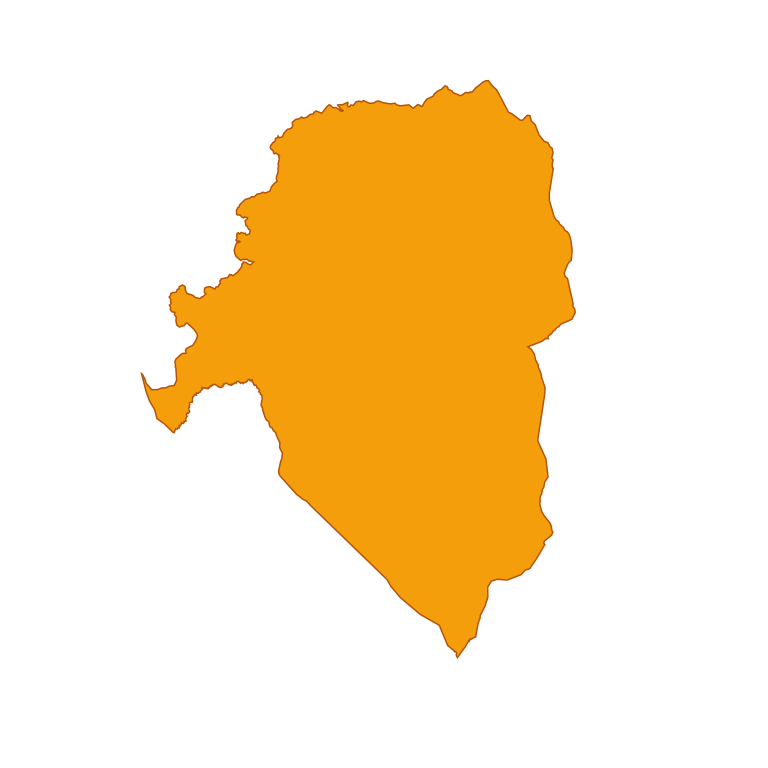 the district of Pru West, Brong Ahafo, Ghana, rotated 163°
{"feature_id": "2480657B32965552352903", "entity_name": "Pru West", "entity_type": "district", "adm_level": 2, "iso_a3": "GHA", "parent_name": "Ghana", "parent_adm1": "Brong Ahafo", "projection": "robinson", "projection_center": [-1.234, 8.037], "detail": "fine", "context": "isolated", "style": "filled", "palette": "amber", "viewbox_px": 768, "rotation_deg": 163, "n_neighbors": 0, "source": "geoboundaries", "source_scale": "gbopen_adm2", "svg_char_len": 6159}
<svg xmlns="http://www.w3.org/2000/svg" viewBox="0 0 768 768"><g transform="rotate(163 384 384)"><path d="M291.4,649.3L296.0,650.0L302.9,653.4L306.5,656.3L308.8,656.5L311.9,655.7L316.1,656.8L320.6,661.0L323.1,660.4L325.1,661.8L328.2,662.0L332.0,659.3L333.8,660.5L336.2,659.3L337.3,660.0L337.6,661.4L336.5,662.6L336.4,664.0L342.1,663.2L346.6,664.4L346.4,662.9L345.5,661.8L345.4,660.2L343.2,657.5L343.6,657.0L344.5,657.2L345.9,658.0L347.3,660.5L349.3,662.5L351.0,662.6L352.0,663.3L354.6,667.1L357.2,666.1L364.4,661.1L369.2,665.0L371.8,664.1L372.7,662.9L375.6,663.4L380.4,661.6L383.5,661.9L385.0,663.5L387.2,662.5L391.4,662.8L395.3,660.9L395.8,657.7L397.3,656.0L399.6,655.5L401.8,655.8L406.6,653.0L408.7,650.1L412.1,650.1L412.8,652.1L413.6,650.9L416.0,650.5L416.2,649.5L418.1,647.4L419.2,647.6L422.4,645.4L423.7,643.4L423.5,641.8L421.9,639.7L422.0,636.7L421.2,636.1L419.8,636.4L417.2,633.1L418.1,632.7L418.2,630.1L421.1,624.9L421.1,623.3L422.6,620.6L423.0,618.3L426.5,613.0L427.0,611.7L426.8,609.2L430.4,607.8L433.8,605.6L436.8,601.8L441.7,601.4L444.0,602.9L445.7,602.3L449.9,602.7L453.3,600.9L456.0,601.8L457.8,601.0L462.7,601.1L469.6,597.6L470.8,595.7L472.1,595.5L474.3,593.3L475.4,589.3L475.0,588.7L472.1,587.4L471.3,585.4L469.8,583.8L468.6,584.6L465.9,582.9L466.3,582.0L469.1,580.8L469.7,575.9L468.9,575.6L468.2,571.6L467.0,570.2L468.8,566.8L471.6,566.8L472.4,566.9L472.5,568.7L474.3,569.2L476.3,570.7L478.3,569.6L479.2,571.3L480.3,571.1L481.3,569.5L482.1,566.0L483.4,565.1L483.4,564.0L481.3,563.4L480.0,562.1L481.4,561.7L483.1,562.3L484.8,560.8L488.1,555.9L488.5,552.3L488.2,549.3L485.0,544.2L482.9,544.4L478.5,543.3L477.4,541.3L473.2,539.1L476.6,536.9L479.2,538.7L480.4,540.7L483.1,541.8L483.2,540.6L484.9,540.2L485.3,538.7L486.9,536.9L491.6,533.7L496.5,531.8L497.3,532.0L497.8,533.1L499.3,533.3L499.7,533.8L502.2,531.5L508.7,532.1L510.8,530.7L511.0,528.0L512.2,527.6L514.1,525.6L516.3,525.9L517.8,524.2L522.0,528.0L525.5,528.5L527.5,528.1L529.0,524.3L527.9,522.3L531.6,520.4L533.1,520.6L534.3,519.6L535.9,519.9L538.8,521.8L539.7,522.5L540.7,524.6L545.8,528.1L546.5,531.5L545.8,535.5L547.7,537.6L551.5,536.9L551.9,535.0L554.0,534.8L556.0,532.5L559.0,533.2L561.4,532.9L562.5,530.7L564.0,530.1L563.2,527.2L564.1,525.3L563.9,523.8L564.5,522.8L566.1,522.2L565.7,519.2L566.7,517.7L565.8,515.1L563.0,513.6L564.2,511.8L563.1,508.6L564.4,505.6L565.0,501.1L563.1,498.3L560.8,498.6L558.2,498.1L555.7,499.9L554.3,499.7L549.8,492.0L548.1,486.8L548.3,484.4L551.2,480.5L555.4,477.0L562.6,475.7L564.1,474.2L563.9,472.5L564.4,471.3L567.2,472.1L569.4,471.7L575.8,468.6L577.6,466.2L577.8,463.0L578.5,461.7L578.4,459.9L581.2,448.3L584.9,444.0L590.8,444.7L593.6,444.1L597.8,445.2L602.0,444.8L607.7,446.4L611.2,454.1L611.2,458.8L612.2,463.7L612.8,464.7L613.7,447.0L613.2,436.4L610.8,426.4L611.3,417.4L605.7,410.1L599.8,399.4L599.0,398.8L596.3,402.1L595.3,401.2L593.6,402.3L592.7,401.9L592.6,402.8L591.7,403.0L592.0,403.9L590.1,404.3L589.0,406.1L587.8,405.0L586.3,405.6L586.2,406.8L584.4,406.3L583.6,409.1L581.6,410.7L582.0,411.6L581.3,413.6L580.5,413.7L579.8,413.1L578.0,414.2L578.0,418.0L576.7,418.8L576.8,419.9L575.9,420.8L575.5,422.6L574.5,423.2L572.6,422.7L570.7,427.7L569.7,427.8L568.4,429.2L566.8,428.3L567.0,429.4L565.6,430.4L564.8,429.4L561.9,430.2L561.3,431.2L559.2,432.1L559.6,433.4L559.1,434.2L557.4,432.6L555.7,432.6L555.3,431.5L554.2,431.6L553.7,430.9L552.8,431.9L552.4,431.4L551.7,431.7L550.7,433.0L550.0,432.5L549.9,433.0L548.7,432.8L548.0,433.6L547.7,433.0L545.9,433.3L542.4,429.1L540.6,428.2L539.6,428.5L539.1,429.3L537.9,429.1L537.6,430.9L536.2,430.5L535.0,431.0L534.0,430.7L532.8,428.9L530.5,427.5L530.0,428.5L529.2,428.5L529.0,427.7L525.5,428.7L525.2,428.1L524.3,429.1L522.4,429.2L520.9,426.6L519.6,427.1L518.5,425.5L517.2,426.3L514.9,426.2L512.2,428.0L511.3,427.7L511.1,426.1L508.8,426.5L509.5,424.5L508.7,423.9L508.7,421.4L508.2,420.5L507.0,420.5L506.3,418.8L506.7,417.6L505.0,415.8L504.8,414.6L506.0,413.2L504.9,412.0L505.3,410.8L504.1,408.9L504.7,405.6L507.8,399.9L507.2,396.3L507.6,395.4L507.5,387.1L507.0,384.0L505.4,382.0L505.1,380.5L505.6,378.6L505.4,376.2L504.0,374.9L503.4,371.8L501.7,369.1L501.9,366.7L500.8,358.0L502.4,353.7L501.4,347.4L503.4,342.9L505.7,339.8L510.1,331.8L510.8,329.0L510.2,326.3L499.8,303.9L494.8,296.9L492.3,294.8L490.0,289.7L438.2,196.0L436.6,188.5L430.7,174.8L416.7,153.0L401.7,137.1L399.5,115.2L395.2,108.8L394.9,107.3L393.8,107.3L393.1,105.8L394.2,103.6L393.8,100.9L383.2,108.9L378.8,113.0L377.9,112.9L378.1,114.0L377.0,113.9L376.1,115.1L374.9,114.4L371.8,115.4L370.4,115.2L363.8,128.0L360.6,132.0L359.8,134.3L352.2,142.2L347.1,149.6L344.2,159.5L338.9,164.1L332.8,164.1L323.4,160.5L308.6,161.6L303.4,164.7L298.7,164.8L288.6,172.9L277.1,183.5L277.9,185.1L276.1,187.2L268.0,190.3L265.8,193.1L266.3,194.6L265.6,198.9L265.9,202.4L269.4,211.4L270.5,216.1L270.1,224.3L268.7,226.1L268.8,227.6L267.5,230.7L265.2,233.1L263.4,236.9L261.6,238.2L258.9,243.3L254.3,247.2L251.1,265.0L253.6,285.0L233.5,326.8L231.1,333.1L231.4,344.7L230.9,346.5L230.9,350.0L231.6,355.1L231.0,357.0L232.0,362.9L231.5,368.6L233.0,374.1L235.6,377.5L220.2,378.7L216.2,380.2L213.7,379.4L213.9,380.2L212.7,381.9L208.8,383.3L206.5,385.3L204.9,385.6L202.3,387.4L200.2,387.6L197.4,389.6L185.6,390.9L180.2,396.4L179.7,400.0L180.8,403.7L179.7,405.1L177.7,431.2L179.4,434.0L179.1,437.6L172.8,445.5L168.7,447.7L164.9,457.1L163.3,467.0L163.1,472.5L164.0,475.6L166.1,478.0L166.5,480.9L169.4,485.8L169.7,488.4L171.3,490.3L172.4,494.1L172.2,510.9L170.3,517.7L159.0,540.9L159.6,541.6L159.0,544.9L156.8,548.8L157.5,551.3L154.9,555.2L154.3,560.1L155.9,562.5L156.8,567.0L159.9,569.3L162.9,576.9L163.7,588.0L166.3,592.6L165.9,597.7L167.8,599.0L169.1,598.8L174.3,595.8L176.5,596.4L182.6,604.9L185.5,607.5L190.2,632.3L193.4,637.7L195.5,643.6L198.0,644.2L200.9,643.8L209.8,640.3L214.0,637.6L215.3,637.5L216.2,638.2L217.6,637.6L220.8,638.9L225.5,637.3L226.8,637.5L232.9,642.6L233.2,644.3L236.6,647.2L236.3,648.9L236.8,650.1L238.4,651.3L243.0,649.0L246.9,648.5L250.9,646.8L253.0,644.8L259.5,644.0L262.8,641.8L266.2,638.4L267.2,638.5L268.5,640.3L270.1,641.3L275.5,639.1L278.6,643.7L286.9,645.2L290.1,647.1L291.4,649.3Z" fill="#f59e0b" stroke="#b45309" stroke-width="1.5"/></g></svg>